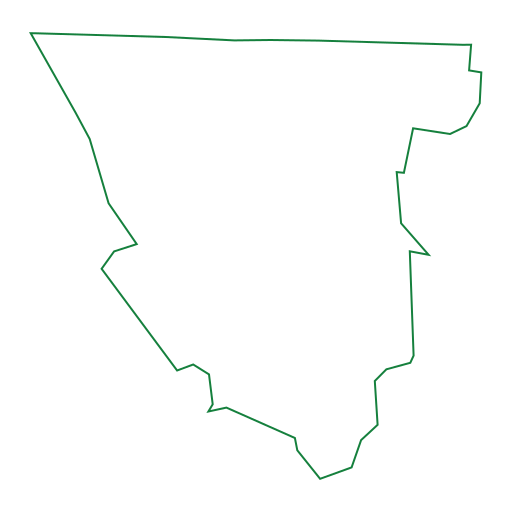 outline of Scott, Tennessee, United States of America
{"feature_id": "52423323B42225822984570", "entity_name": "Scott", "entity_type": "district", "adm_level": 2, "iso_a3": "USA", "parent_name": "United States of America", "parent_adm1": "Tennessee", "projection": "robinson", "projection_center": [-84.482, 36.383], "detail": "fine", "context": "isolated", "style": "outline", "palette": "green", "viewbox_px": 512, "rotation_deg": 0, "n_neighbors": 0, "source": "geoboundaries", "source_scale": "gbopen_adm2", "svg_char_len": 625}
<svg xmlns="http://www.w3.org/2000/svg" viewBox="0 0 512 512"><path d="M30.7,33.2L75.7,112.9L89.7,139.0L108.6,203.3L136.7,244.1L114.1,251.4L101.6,268.8L177.1,370.5L193.2,364.5L209.0,374.4L212.7,404.3L208.4,411.5L226.4,407.6L294.9,438.0L297.3,450.3L320.1,478.8L351.6,467.4L361.1,440.1L377.6,424.8L374.8,381.0L386.4,369.3L410.3,362.8L413.6,355.6L409.8,251.3L428.6,254.8L401.1,223.3L396.7,172.1L403.9,172.8L413.1,128.3L450.0,134.0L466.5,126.1L479.7,103.3L481.3,72.4L469.1,70.4L471.1,44.7L462.8,44.8L318.6,40.6L270.6,40.0L234.3,40.4L165.5,37.0L36.6,33.3L30.8,33.2L30.7,33.2Z" fill="none" stroke="#15803d" stroke-width="2"/></svg>